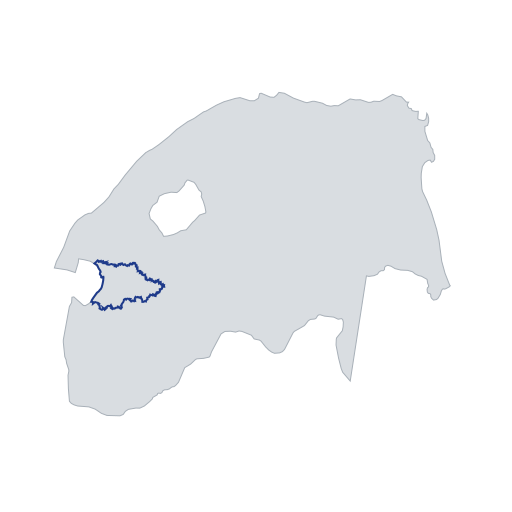 Gert Sibande, Mpumalanga, South Africa shown in context, rotated 190°
{"feature_id": "47623444B27645248540404", "entity_name": "Gert Sibande", "entity_type": "district", "adm_level": 2, "iso_a3": "ZAF", "parent_name": "South Africa", "parent_adm1": "Mpumalanga", "projection": "natural_earth1", "projection_center": [29.797, -26.609], "detail": "fine", "context": "in_parent", "style": "outline", "palette": "blue", "viewbox_px": 512, "rotation_deg": 190, "n_neighbors": 0, "source": "geoboundaries", "source_scale": "gbopen_adm2", "svg_char_len": 9470}
<svg xmlns="http://www.w3.org/2000/svg" viewBox="0 0 512 512"><g transform="rotate(190 256 256)"><path d="M362.2,75.0L375.1,73.1L380.9,74.2L387.9,77.3L394.4,78.4L405.5,77.3L409.3,77.8L412.3,78.8L414.5,80.5L417.7,92.7L420.4,105.9L420.3,110.1L420.7,111.7L423.8,117.3L425.0,120.8L426.8,123.6L430.8,137.6L431.2,140.0L431.0,173.9L429.5,178.1L430.1,183.4L428.3,184.1L417.3,177.3L415.4,177.5L412.3,180.1L409.4,184.0L408.1,187.4L402.5,196.6L402.1,202.4L402.6,207.3L404.4,207.5L405.7,211.1L408.7,216.8L413.8,220.4L418.5,222.1L425.0,222.5L430.2,222.4L429.9,218.6L431.1,208.3L439.7,209.5L452.5,209.2L451.6,215.9L446.9,231.1L443.8,248.3L440.0,256.9L437.8,260.5L431.6,266.8L428.3,268.9L425.6,269.6L415.0,282.4L411.1,288.6L407.5,297.5L404.1,302.5L398.9,313.0L390.0,328.5L382.5,338.7L379.1,341.6L376.9,343.0L370.9,348.9L362.5,358.4L356.1,366.8L346.6,376.4L341.0,380.6L332.7,388.8L330.4,390.0L321.1,397.7L314.4,402.3L303.5,407.7L299.2,409.2L288.9,407.8L284.6,408.6L281.0,411.8L280.7,416.5L279.2,417.2L269.7,415.0L265.8,415.4L263.6,417.9L261.8,421.1L256.3,421.2L246.6,418.0L235.2,416.0L232.5,415.8L227.1,418.2L225.1,418.5L217.1,418.0L212.6,416.5L208.3,416.5L205.1,417.7L201.1,418.2L190.6,427.0L185.1,427.0L180.3,428.0L171.9,426.8L169.4,427.4L166.9,428.9L161.2,429.6L159.0,430.9L149.5,438.9L145.5,438.1L140.4,438.0L134.6,433.7L132.4,434.0L133.0,432.7L133.1,430.4L131.0,428.1L128.8,428.2L127.5,426.3L124.1,426.1L121.3,426.7L120.5,419.3L119.2,418.6L115.7,418.4L114.0,418.7L113.3,419.3L112.4,421.0L112.6,426.2L111.3,424.7L109.9,421.6L109.3,418.3L109.7,414.4L112.2,412.9L111.3,408.0L107.0,399.5L104.5,397.6L102.4,393.3L100.4,391.7L99.5,388.6L97.5,386.1L96.8,382.3L97.7,380.0L99.4,378.8L101.1,380.7L103.2,380.0L106.0,377.2L107.7,372.9L107.6,366.1L107.0,361.9L104.3,350.9L103.1,348.3L97.5,340.5L91.0,329.9L82.6,313.3L78.5,303.3L72.2,283.1L66.8,271.7L60.3,261.1L59.5,260.4L60.4,259.1L63.6,256.6L65.1,256.0L65.9,256.3L66.7,255.6L67.4,253.9L67.8,250.2L69.3,246.2L70.6,244.5L73.5,243.4L75.8,244.9L76.8,246.3L77.2,248.3L78.2,249.2L79.8,249.1L81.0,250.3L81.7,252.7L81.6,254.5L80.7,255.6L80.9,257.0L82.1,258.8L83.5,262.7L89.5,264.8L92.9,265.0L96.2,266.0L99.2,267.7L104.2,268.2L111.1,267.3L116.8,267.7L121.3,269.4L124.6,269.7L126.5,268.6L127.4,267.1L127.1,265.0L128.0,263.7L130.3,263.2L132.0,261.7L133.3,259.1L136.4,257.1L141.3,255.5L143.8,255.6L141.5,149.2L150.4,156.5L152.5,159.9L157.0,169.9L161.7,182.2L162.5,188.1L162.4,189.4L158.0,197.4L157.9,201.4L158.5,206.1L159.6,208.4L160.9,209.2L164.1,208.0L168.9,209.3L178.1,208.7L182.7,209.3L183.9,208.9L184.9,208.0L186.0,205.2L187.1,204.2L191.4,203.0L193.2,201.4L196.2,195.9L205.2,188.4L206.2,186.7L211.7,168.9L213.4,166.4L215.9,164.7L220.9,163.4L223.9,164.1L227.1,165.6L230.8,168.2L236.2,173.0L238.0,173.8L243.4,174.0L246.8,177.2L256.8,179.3L259.7,179.2L262.9,177.5L268.0,177.5L273.5,176.3L276.9,173.2L283.2,153.8L283.9,149.5L284.6,148.3L289.9,146.1L296.3,144.5L297.6,143.6L301.6,138.2L306.8,133.7L310.4,118.2L312.7,114.5L314.2,113.0L315.1,112.9L316.5,112.0L318.2,110.1L320.3,108.9L322.7,108.4L324.3,107.2L325.0,105.1L326.2,104.1L328.0,104.1L329.0,103.5L329.2,102.1L333.1,98.8L333.2,97.4L335.5,94.1L339.9,88.9L344.0,86.0L347.9,85.4L355.1,82.8L357.7,80.3L359.3,76.9L362.2,75.0ZM350.7,304.1L357.0,301.5L361.7,298.1L362.8,291.8L366.4,287.9L367.7,284.3L368.7,279.3L366.5,274.1L363.6,272.5L358.2,268.0L355.9,265.0L352.7,262.4L350.4,259.3L346.7,260.3L341.0,262.8L337.5,265.1L334.5,267.8L329.2,269.7L324.2,278.3L322.6,280.2L318.7,286.5L313.1,289.6L313.0,290.7L314.9,295.8L317.5,300.9L320.3,305.0L320.2,307.6L321.1,309.6L323.6,311.0L327.8,316.1L329.8,317.8L336.1,319.0L337.0,318.7L338.7,315.6L339.0,313.4L343.1,306.7L345.0,304.7L350.7,304.1Z" fill="#d9dde1" stroke="#a8b0b8" stroke-width="1"/><path d="M393.6,223.0L394.4,223.0L395.1,222.6L395.8,222.7L396.6,223.0L397.3,222.9L399.1,221.9L400.4,221.8L400.7,222.2L401.0,222.1L401.0,222.4L401.2,222.2L401.5,222.4L401.4,222.6L401.7,222.8L401.7,223.0L402.0,222.9L401.9,222.7L402.1,222.6L402.3,223.0L402.5,222.9L402.6,223.1L402.6,223.4L402.9,223.3L403.1,223.5L402.9,223.8L403.1,223.7L403.4,223.8L403.5,223.6L403.8,223.5L403.7,223.3L403.9,223.4L404.0,223.2L404.0,222.6L405.3,222.4L405.4,223.1L405.7,223.6L405.8,224.2L406.1,224.0L406.3,224.1L406.6,223.9L407.3,223.9L407.4,223.6L407.7,224.0L407.9,223.6L408.2,223.8L408.4,223.5L408.8,223.3L409.1,223.5L409.2,223.3L409.6,223.1L409.6,223.3L410.6,224.0L411.2,224.2L412.1,222.7L413.8,220.6L410.8,219.4L408.7,216.3L406.9,214.6L406.2,213.3L406.7,212.2L406.6,210.9L405.0,209.5L404.9,209.3L404.6,207.3L404.5,207.9L403.9,208.3L403.6,208.3L403.0,208.9L402.7,209.0L402.5,208.5L402.4,207.4L402.2,205.2L402.3,201.1L402.6,198.1L403.2,196.5L403.8,195.7L404.7,193.9L406.3,192.2L409.0,186.5L410.0,184.1L410.3,182.3L408.6,182.4L408.4,182.1L408.3,180.7L406.5,182.7L404.4,182.4L403.7,182.5L402.8,182.1L403.0,182.0L403.0,181.0L402.8,180.8L401.9,180.6L401.7,180.4L401.8,180.3L401.3,179.5L401.3,178.8L401.0,178.5L400.7,177.6L400.9,177.1L398.8,176.3L398.6,176.3L398.6,176.6L398.1,176.6L397.2,177.5L397.8,178.5L396.7,177.9L395.7,176.7L394.9,177.7L395.6,178.5L394.9,179.3L394.8,178.6L394.2,178.9L394.4,179.2L394.0,179.7L394.2,179.9L393.6,180.4L393.3,181.1L392.4,181.3L391.2,181.1L390.4,182.5L390.0,181.9L389.4,181.5L389.1,180.9L389.7,179.5L388.4,178.9L388.1,179.9L386.9,179.4L386.8,179.7L385.4,180.1L385.3,180.6L384.1,181.0L383.0,181.2L383.2,182.2L382.2,182.1L380.8,180.8L379.9,180.6L379.6,181.0L379.2,182.3L379.8,182.7L380.3,183.6L379.8,184.0L379.8,184.7L380.0,185.0L379.2,186.7L378.7,187.6L378.4,189.3L378.5,190.1L377.4,191.1L376.4,190.5L376.1,191.2L376.0,191.3L375.2,191.7L373.5,191.5L373.3,191.9L372.7,191.9L372.2,191.9L372.7,190.7L371.5,190.0L371.1,189.5L370.6,189.6L370.1,190.7L368.5,190.5L368.2,190.3L367.9,190.8L367.5,190.8L367.7,191.1L367.4,191.7L368.0,192.2L368.0,193.1L367.5,194.2L367.7,194.3L367.5,194.8L367.3,194.7L366.1,194.5L365.5,195.1L364.4,194.8L364.4,195.1L363.9,195.1L363.6,194.7L363.4,194.7L363.3,194.9L362.2,195.7L361.7,194.6L361.7,194.1L360.8,193.7L360.2,192.1L360.0,191.1L359.2,191.2L358.8,191.5L358.5,191.5L357.7,192.3L356.5,192.1L356.5,192.7L356.0,194.1L355.3,194.5L355.9,196.1L354.2,196.9L354.0,197.3L354.1,197.6L353.9,197.6L353.6,198.2L353.5,199.6L351.7,199.4L351.1,199.2L350.8,199.4L350.6,199.3L350.3,199.8L350.5,200.4L349.2,200.2L349.3,199.7L349.1,199.6L349.0,199.8L348.9,199.8L349.0,199.5L348.2,199.3L348.2,199.1L347.9,199.1L347.8,200.9L348.0,201.3L347.9,201.7L347.3,201.7L347.4,202.1L346.9,202.2L346.8,202.5L346.7,202.5L347.0,203.0L345.8,203.1L345.9,203.5L344.8,203.6L344.4,205.4L344.7,205.3L345.0,206.6L343.6,207.0L343.5,207.3L342.9,207.5L342.9,208.1L343.0,208.9L342.7,210.1L342.0,210.0L342.0,209.6L341.5,209.7L341.5,209.9L341.1,209.9L341.2,210.2L341.5,210.7L341.5,211.1L342.0,210.8L342.2,211.5L342.5,211.8L342.7,211.7L342.8,211.4L343.0,211.3L342.9,211.7L343.0,212.1L343.7,211.6L344.2,211.7L344.6,211.5L344.8,211.7L344.8,212.1L345.5,213.2L345.2,213.7L345.3,213.9L345.6,213.7L346.1,213.0L345.7,212.5L345.9,212.4L346.1,212.5L346.5,213.0L346.5,212.8L346.7,212.5L346.5,212.3L346.7,212.1L346.9,212.7L347.5,213.2L347.3,213.8L347.9,214.1L348.0,214.3L348.4,214.7L348.3,215.1L348.1,215.2L348.1,215.5L348.5,215.3L348.7,214.7L348.9,214.6L349.2,214.6L349.5,214.2L349.8,214.1L349.8,213.8L350.7,214.1L351.0,213.5L350.9,213.4L350.4,213.3L350.0,213.6L349.8,213.3L350.1,212.6L350.7,212.2L351.6,212.8L352.0,212.8L352.3,212.7L352.9,213.6L353.1,213.6L353.4,213.5L353.7,213.6L353.9,213.8L353.8,214.1L354.3,214.4L354.6,213.9L354.8,214.8L355.1,214.6L355.4,214.8L355.8,214.3L356.1,214.5L356.4,215.1L356.6,215.3L356.8,214.9L356.7,214.8L356.8,214.4L356.5,214.3L356.7,213.9L357.0,214.1L357.3,213.9L357.7,214.0L358.1,213.9L358.5,213.3L359.9,214.0L360.0,214.4L360.2,214.2L360.2,213.7L360.6,213.8L360.7,214.0L360.5,214.5L360.8,214.8L360.7,215.0L361.0,215.4L360.9,215.5L360.8,215.4L360.6,215.9L361.0,216.0L361.3,216.6L361.3,216.9L361.7,217.3L361.7,217.5L362.0,217.9L362.0,218.5L362.3,218.4L362.4,218.2L362.5,218.2L362.9,217.9L363.1,217.7L363.3,217.6L363.5,217.8L363.8,217.7L364.1,217.7L364.6,217.7L364.9,218.6L364.9,218.8L365.1,218.9L365.1,219.1L365.3,219.0L365.5,218.8L365.6,219.0L365.7,218.9L365.6,219.1L365.7,219.3L365.8,219.1L366.0,219.2L366.0,219.3L366.1,219.2L366.4,219.7L366.7,219.8L367.2,219.4L367.3,219.6L367.2,219.9L367.3,219.8L367.3,220.0L367.2,220.2L367.4,220.4L367.0,220.8L367.2,221.2L367.4,221.2L367.5,220.7L367.9,220.7L368.1,220.8L368.6,220.7L368.5,220.8L368.6,220.6L368.8,220.6L368.9,220.9L369.2,220.8L369.4,221.0L369.5,220.9L369.6,221.1L370.4,221.9L370.6,222.5L370.5,223.0L370.8,223.2L370.8,223.4L371.0,223.3L371.0,223.5L370.9,223.6L370.8,224.0L371.3,223.9L371.5,224.2L371.4,224.3L371.5,224.5L371.8,224.5L372.0,224.6L371.9,224.7L371.9,225.0L372.1,224.8L372.3,225.1L372.5,225.1L372.5,225.5L372.3,225.7L372.4,225.8L372.4,226.0L372.7,226.1L372.7,226.3L372.9,226.3L373.1,226.9L373.7,227.2L373.7,227.9L374.1,228.2L374.8,228.1L375.0,227.9L375.6,228.0L375.8,227.8L376.1,227.8L376.2,227.5L376.0,227.3L376.1,227.0L376.0,226.6L376.6,226.1L377.1,226.1L377.8,226.7L378.3,226.8L378.4,226.6L378.7,226.5L378.8,226.0L379.0,225.9L378.9,225.5L379.2,225.2L379.4,224.5L380.0,224.7L380.5,224.4L380.6,224.7L380.8,224.7L381.2,223.8L382.7,224.3L383.1,224.8L383.6,225.1L384.0,224.7L384.3,224.7L384.9,224.1L385.3,224.2L386.7,225.5L386.9,225.3L386.8,224.9L387.5,224.5L388.0,223.8L388.7,224.1L388.8,224.6L389.1,224.4L389.9,224.2L390.0,222.7L390.5,222.7L390.8,222.3L391.1,222.2L392.0,222.6L392.0,221.3L392.8,221.5L393.4,221.4L393.4,222.7L393.6,223.0Z" fill="none" stroke="#1e3a8a" stroke-width="2"/></g></svg>